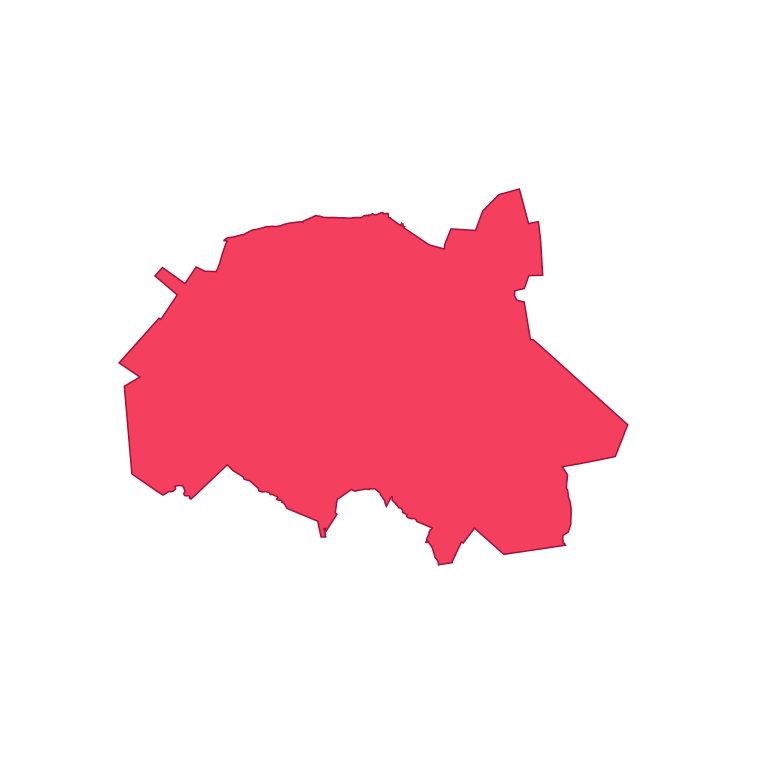 the district of Mexquitic de Carmona, San Luis Potosí, Mexico, rotated 222°
{"feature_id": "50627088B50616747627760", "entity_name": "Mexquitic de Carmona", "entity_type": "district", "adm_level": 2, "iso_a3": "MEX", "parent_name": "Mexico", "parent_adm1": "San Luis Potosí", "projection": "orthographic", "projection_center": [-101.135, 22.255], "detail": "fine", "context": "isolated", "style": "filled", "palette": "rose", "viewbox_px": 768, "rotation_deg": 222, "n_neighbors": 0, "source": "geoboundaries", "source_scale": "gbopen_adm2", "svg_char_len": 6015}
<svg xmlns="http://www.w3.org/2000/svg" viewBox="0 0 768 768"><g transform="rotate(222 384 384)"><path d="M413.9,619.5L425.3,601.7L426.4,578.6L418.7,559.4L438.0,544.1L432.2,528.1L429.4,524.8L443.2,517.7L473.4,513.4L473.9,513.7L474.5,513.7L474.8,514.4L474.7,514.5L475.6,514.4L475.7,514.1L477.0,515.5L477.2,515.3L477.9,514.9L478.4,515.1L477.6,512.9L478.7,512.8L479.3,512.6L484.2,512.1L489.8,511.5L490.2,511.8L492.0,510.7L494.9,513.5L495.8,513.1L498.3,509.8L498.7,509.9L498.8,510.2L498.9,510.6L499.2,510.6L499.4,510.3L499.8,510.3L500.1,510.2L501.0,509.3L501.1,508.9L501.3,508.0L501.3,507.5L501.4,507.4L501.5,507.3L501.7,507.2L501.9,507.1L501.9,506.6L502.0,506.2L502.7,505.1L503.0,504.6L503.4,504.3L504.3,503.3L504.7,503.1L505.1,503.0L505.9,502.9L506.4,502.9L506.7,502.7L506.8,501.3L507.0,500.6L507.2,500.3L507.4,500.0L507.8,499.8L508.4,499.4L508.0,499.1L508.8,498.1L509.2,497.8L509.6,498.0L510.2,497.0L510.4,496.9L510.9,496.4L511.4,495.8L511.6,495.5L511.6,495.2L511.9,493.7L511.9,493.3L512.3,492.5L512.6,492.0L512.9,491.6L513.2,491.5L513.5,491.5L513.9,491.1L514.4,490.7L514.9,490.2L515.4,489.8L518.6,486.6L519.1,485.6L521.1,483.8L524.4,481.1L524.9,480.8L525.7,480.1L528.4,477.6L530.0,476.4L531.6,475.2L532.8,474.1L535.9,471.3L536.2,470.9L538.6,468.9L539.1,468.4L539.7,468.0L540.0,467.6L541.6,466.8L542.0,466.7L543.6,466.0L544.5,465.5L545.0,464.8L545.3,464.7L545.6,464.6L546.0,464.4L546.3,464.0L546.9,463.6L547.4,463.6L548.7,460.5L551.5,454.3L552.4,452.3L553.2,450.3L552.5,449.8L553.1,449.4L553.7,449.1L554.5,448.6L555.0,448.4L555.8,447.4L559.1,443.5L560.7,441.7L561.7,440.5L562.2,439.9L563.0,438.9L563.6,437.8L564.3,436.9L564.7,436.4L565.2,435.7L565.7,434.7L566.2,433.3L566.5,432.7L569.5,428.9L570.0,428.4L570.7,427.8L571.4,427.5L572.4,426.6L573.0,426.0L574.0,424.8L575.0,423.8L576.3,422.7L576.9,421.9L577.4,421.0L580.2,416.5L582.4,413.3L582.6,413.1L583.0,412.6L584.2,411.2L584.8,410.5L585.1,409.7L585.6,408.3L585.8,407.8L586.1,407.2L587.1,404.6L587.3,403.9L587.6,403.2L588.3,401.3L588.5,401.0L589.1,400.4L589.5,399.9L590.6,398.0L592.0,396.0L593.2,394.1L594.1,392.9L594.6,392.2L595.8,390.6L597.2,389.2L598.2,387.7L598.4,386.8L598.7,385.8L598.8,385.0L599.1,384.3L598.8,383.5L596.1,385.3L595.7,383.6L595.1,381.5L590.9,371.9L590.8,371.6L590.6,371.2L589.5,369.1L586.7,363.3L586.1,361.4L585.4,359.9L585.1,359.2L584.7,358.0L584.0,355.2L592.5,348.0L601.9,345.3L602.0,345.1L601.8,343.8L601.0,339.1L600.9,337.8L600.6,336.1L600.0,331.9L599.0,325.7L599.4,325.4L626.6,322.3L626.6,322.2L626.5,311.1L597.3,311.9L593.0,282.8L595.2,282.4L595.0,222.4L570.1,225.8L575.5,208.6L511.2,148.5L480.5,152.4L473.8,153.6L472.0,160.0L470.3,161.3L469.7,162.6L469.0,163.2L468.5,166.5L469.2,167.1L470.4,167.7L470.9,167.9L469.7,170.0L469.3,170.2L468.6,171.2L466.8,172.6L466.2,173.4L465.8,173.6L465.1,173.5L464.0,173.1L463.6,172.8L463.2,172.8L461.8,172.0L461.7,172.1L460.9,171.5L460.6,171.5L460.2,171.2L459.7,170.1L459.7,169.8L459.6,169.4L459.7,168.9L459.7,168.7L458.0,167.8L457.7,167.8L456.9,168.0L456.4,168.3L455.9,168.7L455.3,169.5L454.3,170.4L453.8,170.4L452.5,170.0L452.5,169.1L451.9,169.0L451.3,169.0L450.4,169.4L449.6,178.7L449.2,183.7L448.3,195.2L446.4,219.1L442.5,218.9L438.1,218.6L430.8,220.0L426.6,220.7L424.1,219.7L423.9,219.8L419.1,222.1L417.8,222.4L415.6,222.3L408.2,222.3L407.7,222.5L406.3,221.4L405.9,221.0L405.2,221.0L404.8,221.1L404.4,221.3L403.5,221.7L403.4,221.8L402.9,221.9L402.2,222.3L402.0,222.5L401.5,223.2L400.3,224.6L399.2,225.3L398.6,225.6L397.0,226.3L396.3,226.4L395.8,226.3L395.2,226.0L394.9,225.8L394.3,226.0L393.7,226.6L393.2,227.1L392.6,227.4L390.9,227.7L388.6,228.7L387.9,228.8L386.9,228.9L386.8,228.7L386.8,227.5L386.8,226.5L383.9,227.1L383.4,228.5L380.9,228.7L380.9,227.8L378.4,228.5L372.8,226.6L341.5,237.7L328.4,228.2L325.0,231.2L324.9,231.3L325.1,231.6L325.7,231.7L326.7,232.5L327.0,233.3L327.5,233.7L329.8,235.0L330.4,235.7L330.6,236.0L331.2,235.9L331.9,236.1L331.8,236.4L331.0,237.5L330.8,237.4L328.6,236.2L331.8,255.8L334.1,255.8L341.5,266.7L337.6,284.0L336.3,284.0L335.7,284.2L335.5,284.3L335.3,284.5L334.0,284.9L333.2,285.6L331.8,288.0L329.8,290.5L328.2,292.5L327.6,293.3L327.4,293.5L327.1,293.9L324.4,295.6L324.3,295.9L324.7,296.6L322.2,298.4L320.5,300.1L313.4,300.3L312.9,299.4L310.1,298.9L306.5,297.9L305.6,297.8L302.9,295.8L300.3,294.7L302.8,303.9L302.9,305.4L302.5,305.6L301.3,304.6L300.4,303.2L300.0,303.1L296.0,302.9L295.8,303.1L295.6,303.2L295.3,303.2L294.9,303.0L294.8,302.8L294.7,302.9L294.5,302.7L294.4,302.8L293.3,302.6L291.2,302.1L290.5,301.9L290.3,301.9L289.0,302.6L288.6,302.9L288.3,303.1L287.2,302.7L286.7,302.8L286.0,302.7L284.1,301.0L283.6,301.1L283.4,301.1L282.9,301.7L282.1,301.4L281.3,301.6L281.0,302.0L280.6,302.2L279.1,302.0L278.7,301.3L278.8,301.1L278.5,300.8L277.2,300.6L273.4,302.2L272.8,302.9L271.8,304.2L269.6,304.6L267.8,303.7L251.8,309.3L251.6,306.9L252.1,306.3L252.0,306.1L251.8,305.9L251.7,305.6L251.6,305.4L251.4,305.0L251.4,304.8L251.4,304.5L251.4,304.1L250.3,302.7L248.8,298.0L248.7,297.7L248.6,297.4L248.6,297.2L248.1,297.0L247.8,296.8L247.7,296.4L247.2,296.1L247.3,295.4L247.3,295.0L247.1,294.5L246.0,295.0L246.0,295.5L245.9,295.7L245.8,296.3L239.3,294.9L233.8,291.8L230.0,289.2L227.4,288.9L224.7,288.1L222.6,286.0L213.7,297.0L214.4,297.5L220.7,318.2L218.7,318.8L220.3,337.4L180.9,337.6L174.9,345.0L173.3,346.9L171.1,349.5L141.3,385.6L141.9,385.7L142.0,385.7L142.6,385.6L142.9,386.2L143.4,386.4L143.8,386.0L144.3,385.8L144.9,385.9L145.5,386.4L145.8,387.4L146.6,387.5L146.9,387.7L147.1,388.2L147.8,388.6L148.2,389.4L148.7,390.1L149.2,390.5L149.8,390.6L149.4,392.3L148.0,397.1L151.3,404.8L155.7,409.8L157.9,412.6L161.9,416.9L166.8,421.0L171.0,423.2L176.6,428.1L178.8,428.6L181.5,432.1L184.4,436.1L186.1,438.2L186.4,438.9L186.4,439.1L196.1,441.9L186.0,454.7L168.9,477.6L163.6,484.8L175.6,516.8L192.8,516.8L204.8,516.8L278.8,516.9L303.0,516.8L304.7,514.8L334.7,538.8L341.0,535.2L346.0,536.8L349.2,540.9L343.7,548.7L344.6,551.3L348.9,561.4L338.8,571.0L364.0,595.8L377.9,608.0L382.6,601.7L384.0,600.0L413.9,619.5Z" fill="#f43f5e" stroke="#9f1239" stroke-width="1.5"/></g></svg>